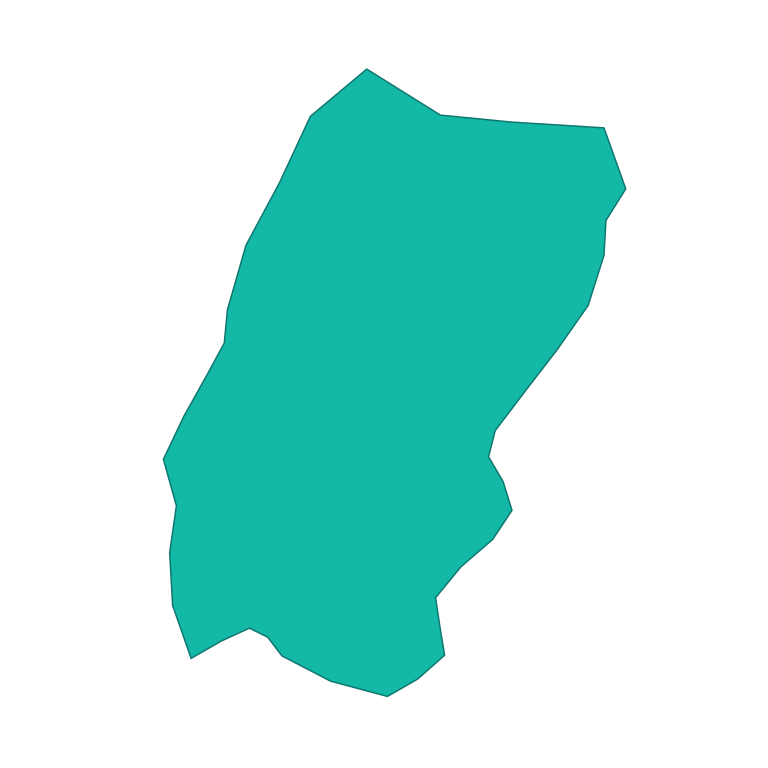 SVG path tracing the border of Göyçay, rotated 280°
{"feature_id": "AZE-1703", "entity_name": "Göyçay", "entity_type": "District", "adm_level": 1, "iso_a3": "AZE", "parent_name": "Azerbaijan", "parent_adm1": "", "projection": "albers", "projection_center": [47.787, 40.558], "detail": "fine", "context": "isolated", "style": "filled", "palette": "teal", "viewbox_px": 768, "rotation_deg": 280, "n_neighbors": 0, "source": "natural_earth", "source_scale": "10m", "svg_char_len": 634}
<svg xmlns="http://www.w3.org/2000/svg" viewBox="0 0 768 768"><g transform="rotate(280 384 384)"><path d="M664.0,463.3L674.4,556.2L618.2,588.2L583.6,574.2L548.8,578.3L496.8,571.4L447.5,548.4L402.5,524.8L357.4,501.6L330.5,499.6L308.5,518.3L281.8,532.0L249.9,518.1L217.3,491.5L182.5,471.9L154.1,481.4L127.4,490.8L99.2,468.3L76.9,441.6L82.0,383.2L98.5,330.7L114.4,313.5L120.2,293.8L102.1,267.7L80.3,241.7L129.2,214.3L180.7,202.2L228.0,200.7L271.6,179.8L317.4,192.5L362.5,208.2L396.6,219.6L429.8,216.9L496.8,224.0L564.3,246.2L634.8,265.0L691.1,312.3L658.6,392.8L664.0,463.3Z" fill="#14b8a6" stroke="#0f766e" stroke-width="1.5"/></g></svg>